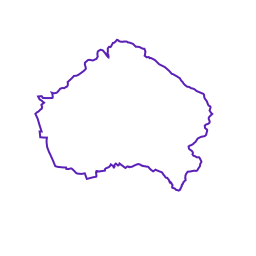 outline of Tarnova, Arad, Romania, rotated 236°
{"feature_id": "2599482B94881102613280", "entity_name": "Tarnova", "entity_type": "district", "adm_level": 2, "iso_a3": "ROU", "parent_name": "Romania", "parent_adm1": "Arad", "projection": "robinson", "projection_center": [21.761, 46.274], "detail": "fine", "context": "isolated", "style": "outline", "palette": "violet", "viewbox_px": 256, "rotation_deg": 236, "n_neighbors": 0, "source": "geoboundaries", "source_scale": "gbopen_adm2", "svg_char_len": 5506}
<svg xmlns="http://www.w3.org/2000/svg" viewBox="0 0 256 256"><g transform="rotate(236 128 128)"><path d="M92.5,205.7L93.6,205.4L94.9,205.3L96.9,205.4L98.8,207.9L99.5,208.2L100.0,208.2L101.1,207.6L101.6,207.4L102.8,207.5L106.1,208.3L109.2,208.1L111.1,208.5L112.9,209.6L114.1,209.6L120.2,205.6L120.9,205.3L122.2,205.1L124.1,204.1L125.7,202.6L127.8,201.7L129.1,200.2L130.0,199.8L131.0,199.6L131.5,199.3L132.9,199.1L133.7,198.9L135.6,199.0L137.4,198.6L140.2,198.8L143.5,197.4L147.5,195.4L148.6,194.5L152.3,194.1L157.9,192.6L163.4,189.5L169.3,188.3L173.3,186.1L173.8,185.0L175.2,184.9L176.2,183.0L178.6,182.2L179.6,183.5L180.7,184.2L181.4,185.1L184.5,185.9L185.6,184.5L188.0,183.2L189.0,182.5L190.0,181.4L191.0,179.9L192.7,179.6L194.9,179.2L196.9,177.8L198.4,176.6L198.9,175.8L200.1,175.4L200.9,174.7L201.2,174.0L202.1,172.8L202.3,172.0L203.9,169.9L204.7,169.4L205.4,169.0L206.1,169.0L206.4,168.6L206.9,168.5L207.3,168.1L206.7,166.2L206.6,165.5L206.4,164.3L206.6,163.8L207.0,163.0L206.4,162.1L205.6,160.3L205.0,159.6L205.0,158.6L205.9,157.7L205.5,156.5L205.2,155.7L204.5,155.2L203.4,154.5L202.4,153.9L202.0,153.5L201.8,153.0L201.2,152.6L200.5,152.7L199.6,152.6L199.2,152.2L198.2,151.9L197.5,151.3L198.0,151.1L201.1,150.9L203.1,150.9L206.5,150.5L208.2,149.1L208.4,146.3L208.1,145.5L206.4,143.9L204.2,142.9L203.0,140.6L203.6,136.7L204.4,135.8L206.0,134.3L206.7,132.8L206.2,128.8L204.9,127.8L201.1,126.5L200.5,125.8L200.0,122.9L199.8,116.9L200.2,114.4L201.4,112.3L200.7,109.5L199.8,103.6L198.8,103.2L197.6,102.4L196.9,101.6L196.4,100.2L196.7,99.5L196.7,97.4L197.8,96.1L198.2,94.8L198.5,93.7L197.9,92.1L197.1,89.1L197.4,87.8L198.2,85.9L199.8,84.6L198.8,84.5L195.7,82.9L195.2,82.3L195.2,82.1L196.7,79.6L200.4,74.3L202.7,74.2L204.4,71.1L202.4,70.8L200.8,70.8L200.5,71.0L199.7,71.4L198.9,71.7L197.1,72.1L196.5,72.5L195.9,72.6L195.7,69.2L195.3,69.0L194.9,69.0L194.5,68.8L194.3,68.8L193.5,68.7L193.0,67.9L192.7,67.8L192.1,66.8L192.3,66.3L192.3,65.8L191.8,63.5L191.7,62.7L191.9,61.9L191.9,61.3L191.5,59.1L186.2,58.3L182.5,57.1L180.0,56.3L173.4,54.4L174.5,52.8L169.4,50.1L167.2,52.8L165.4,55.4L163.3,53.6L162.0,52.7L160.9,52.1L158.6,50.9L158.3,50.8L157.4,50.3L151.8,49.0L151.5,49.0L149.4,48.7L145.3,48.0L142.4,47.5L141.5,47.3L138.8,46.7L137.0,46.4L135.3,47.8L134.7,48.4L134.0,49.3L131.8,51.9L129.8,54.6L128.5,54.0L127.1,55.9L126.8,57.2L126.5,57.9L125.9,58.6L124.0,59.1L120.2,59.8L119.7,59.8L118.4,60.7L115.9,63.8L114.6,66.8L108.8,65.4L107.9,68.0L106.9,70.9L105.4,74.5L106.0,75.1L108.2,76.2L108.9,76.6L108.9,76.8L108.9,77.2L109.3,77.2L109.4,77.6L109.9,77.7L109.9,77.9L109.5,78.4L109.0,78.7L108.8,79.0L108.5,79.2L108.3,79.6L108.1,79.7L108.1,79.9L106.8,82.5L106.1,84.0L105.6,85.0L106.7,86.0L106.9,86.3L106.9,87.0L106.5,89.0L106.3,90.8L106.9,92.6L107.4,93.4L104.5,94.4L104.2,94.4L103.4,94.1L102.5,93.8L103.2,94.4L103.4,94.7L103.5,95.2L103.9,95.3L104.4,95.7L104.8,96.0L105.0,96.6L105.1,96.9L105.2,97.3L105.3,98.0L101.7,99.0L102.3,99.1L102.5,99.6L102.7,100.4L103.3,101.1L96.5,103.4L96.3,103.5L96.3,103.9L96.4,104.1L96.4,104.5L96.4,105.1L96.5,105.4L96.4,106.1L95.6,106.9L95.1,106.9L94.8,107.1L94.9,107.6L94.1,108.6L93.6,110.0L93.5,110.6L93.5,111.6L93.2,112.9L93.0,114.2L92.8,115.1L92.8,115.3L92.7,115.6L92.4,115.9L92.2,116.6L91.6,117.0L91.3,117.3L91.0,117.5L90.3,118.0L89.8,118.0L89.5,118.1L89.2,118.3L89.0,118.6L88.6,118.9L88.2,119.0L88.1,119.4L87.6,119.7L86.6,120.9L86.0,121.3L85.4,122.1L85.0,122.6L84.5,123.0L83.7,123.2L82.3,123.2L81.2,123.6L80.6,123.6L79.4,124.1L78.0,124.6L78.0,127.4L77.8,127.4L77.5,127.8L77.0,128.1L75.1,129.3L72.4,131.3L71.8,131.3L71.2,131.4L70.1,131.3L69.8,131.3L69.1,131.3L68.6,131.5L68.1,131.6L67.7,131.5L67.1,131.4L66.6,131.5L65.6,131.7L65.0,132.2L64.7,132.7L64.3,132.7L63.9,132.7L63.3,132.7L62.8,132.8L62.2,132.9L61.7,132.7L61.4,132.6L61.1,132.6L60.7,132.5L60.3,132.3L60.0,132.3L59.6,132.3L59.8,132.6L59.8,132.9L59.4,133.0L59.1,133.1L58.8,133.1L58.4,133.1L58.0,133.1L57.4,133.1L56.8,133.0L56.2,133.0L55.9,133.0L55.7,132.9L55.3,132.6L55.2,132.4L55.1,132.2L54.9,132.0L54.5,131.8L54.4,131.7L54.1,131.5L54.0,131.4L53.9,131.5L53.4,131.6L53.2,131.7L52.9,132.0L52.6,132.2L52.5,132.4L52.3,132.5L52.1,132.6L51.8,132.8L51.7,132.9L50.9,133.1L50.0,133.2L49.8,133.3L49.6,133.4L49.4,133.6L49.2,133.9L48.6,134.5L47.9,134.8L47.8,135.1L47.8,135.3L47.6,135.9L47.6,136.2L47.7,136.4L47.8,136.6L47.9,136.9L47.9,137.0L48.2,137.2L48.4,137.4L48.5,137.7L48.5,137.9L48.6,138.1L48.9,138.4L49.0,138.7L49.3,139.2L49.4,139.5L49.8,140.1L49.9,140.3L50.1,140.4L50.5,140.5L50.8,141.1L50.9,141.4L50.8,141.6L50.8,141.8L50.9,142.0L51.0,142.2L51.2,142.3L51.4,142.5L51.5,142.9L52.0,143.5L52.2,144.5L52.4,145.1L52.4,145.3L52.4,145.6L52.4,145.8L52.5,146.0L52.5,146.4L52.5,146.5L53.0,146.8L53.2,147.0L53.4,147.0L53.6,147.1L53.8,147.3L54.4,147.4L54.5,147.4L54.7,147.6L54.8,147.7L54.9,147.8L55.1,148.0L55.3,148.2L55.5,148.3L55.8,148.6L56.0,148.7L56.4,149.0L56.5,149.1L56.9,149.7L57.0,149.8L57.1,150.0L57.3,150.3L58.3,152.7L58.3,153.3L57.0,155.5L56.6,156.7L55.6,159.0L54.2,160.7L54.1,161.2L54.4,162.3L55.1,163.6L56.0,166.1L57.8,167.8L58.6,169.4L59.1,170.1L62.8,170.6L64.0,170.5L65.2,168.7L67.1,167.8L68.6,166.7L70.1,166.7L70.5,167.4L71.3,168.0L72.5,168.2L73.9,167.9L75.1,167.4L76.2,167.0L77.0,167.1L78.8,167.9L78.9,169.2L78.4,170.8L78.3,173.6L78.6,174.0L78.7,176.1L80.3,179.9L80.0,182.4L79.8,183.7L78.4,186.9L78.5,188.3L78.7,189.0L81.8,192.4L82.6,192.6L83.9,192.1L85.0,191.9L86.9,192.8L87.3,194.3L86.6,197.0L86.8,198.5L87.5,199.2L88.7,199.7L90.2,199.9L91.4,200.7L91.9,202.0L92.5,205.7Z" fill="none" stroke="#5b21b6" stroke-width="2"/></g></svg>